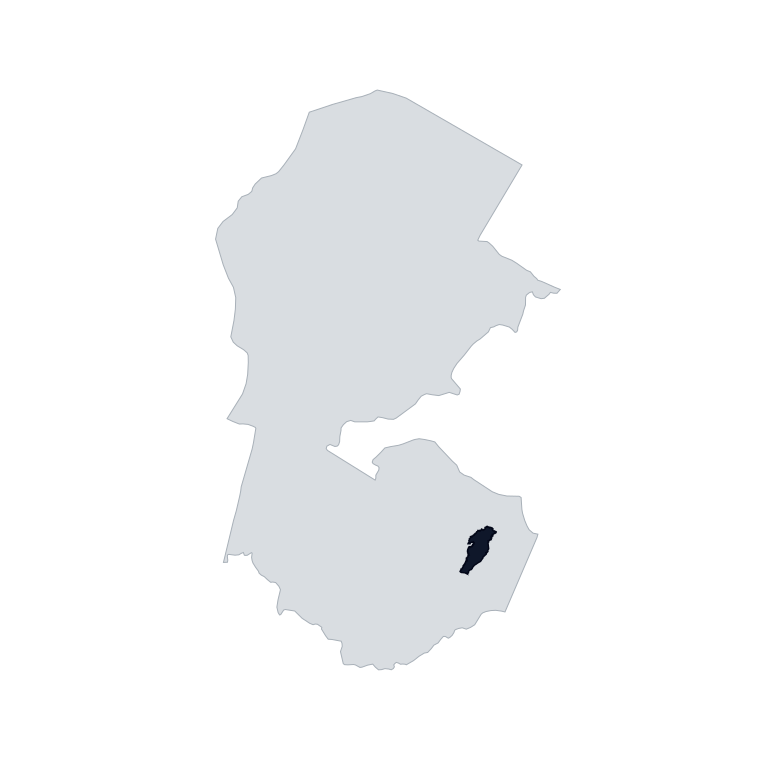 location of Mporokoso, Northern, Zambia, rotated 122°
{"feature_id": "96606910B5671768599011", "entity_name": "Mporokoso", "entity_type": "district", "adm_level": 2, "iso_a3": "ZMB", "parent_name": "Zambia", "parent_adm1": "Northern", "projection": "orthographic", "projection_center": [29.924, -9.464], "detail": "fine", "context": "in_parent", "style": "filled", "palette": "ink", "viewbox_px": 768, "rotation_deg": 122, "n_neighbors": 0, "source": "geoboundaries", "source_scale": "gbopen_adm2", "svg_char_len": 8969}
<svg xmlns="http://www.w3.org/2000/svg" viewBox="0 0 768 768"><g transform="rotate(122 384 384)"><path d="M496.6,498.7L467.4,498.7L456.8,501.1L448.1,504.7L437.8,510.4L431.8,514.3L430.1,516.5L429.3,521.3L429.4,528.7L428.4,534.0L425.2,538.9L409.6,544.9L399.3,549.7L389.3,555.5L381.8,562.9L376.7,572.0L368.2,583.4L350.4,603.6L340.1,607.4L331.4,606.6L320.7,602.5L312.4,601.8L306.2,604.5L300.5,603.8L295.1,599.6L290.7,598.2L287.2,599.3L282.6,599.2L274.2,597.0L266.9,589.9L262.9,587.0L259.8,585.9L251.2,584.9L231.4,583.6L211.0,587.5L193.1,591.4L174.2,575.8L155.9,559.3L152.0,555.1L145.1,549.5L140.2,546.9L138.3,545.5L133.0,530.5L129.8,516.7L125.1,383.0L207.1,381.3L212.4,380.7L212.5,379.2L208.6,372.1L208.7,369.6L209.6,364.7L213.0,355.0L213.2,351.7L211.3,341.2L211.3,335.3L212.0,323.3L211.3,319.3L213.2,313.9L213.7,310.3L214.5,308.7L213.5,304.7L211.5,290.5L210.4,284.6L215.4,285.4L217.1,288.3L218.1,291.4L220.4,291.6L226.3,293.4L228.4,296.0L229.9,301.7L229.1,304.6L227.2,307.0L229.2,309.0L233.1,310.4L235.4,309.9L242.0,305.9L248.1,304.4L251.2,303.3L264.9,300.6L267.6,299.2L269.5,299.1L270.8,300.2L269.7,304.3L269.3,307.9L271.1,314.6L272.5,317.8L275.3,320.0L277.4,321.2L279.8,323.6L284.5,323.1L295.0,326.4L298.2,328.0L302.7,329.5L305.8,330.1L316.6,331.2L328.0,333.0L334.0,333.1L338.1,332.6L341.1,331.6L342.9,330.5L343.7,329.5L347.8,316.6L350.0,315.6L352.9,314.9L354.5,316.1L356.5,324.2L364.8,331.4L367.6,337.5L369.7,342.8L371.6,344.2L374.7,346.0L379.7,346.6L384.2,346.8L406.4,355.6L408.9,357.2L411.6,362.0L413.3,367.4L415.1,371.6L418.0,372.4L420.5,372.8L423.0,375.7L425.0,378.2L431.6,388.8L432.5,392.9L435.7,395.7L440.0,396.9L444.0,397.1L446.3,395.8L452.0,393.6L456.4,391.1L459.6,390.3L461.5,390.8L463.0,392.5L463.9,397.8L467.0,399.5L469.4,398.8L470.3,396.8L470.3,395.7L470.2,340.6L468.2,341.0L465.6,342.6L459.8,342.8L457.5,343.9L456.8,345.7L457.2,348.0L457.3,351.1L456.5,352.6L453.9,353.2L450.2,352.0L443.4,350.4L437.8,349.4L433.7,345.3L428.2,339.1L424.6,336.0L415.9,329.5L414.5,328.2L411.8,325.2L409.5,320.0L407.3,314.0L406.2,310.2L408.2,304.4L413.2,285.2L414.3,279.3L418.5,273.2L418.8,267.8L417.1,260.8L417.5,257.0L418.0,235.1L416.8,228.2L413.9,220.5L407.6,209.9L407.6,207.6L417.3,200.6L420.2,198.0L425.2,192.3L428.6,187.5L430.7,183.7L431.5,178.6L429.8,173.9L433.2,172.9L513.2,160.6L514.3,163.9L516.7,169.3L519.5,173.3L522.9,176.9L525.8,179.0L527.7,179.6L540.1,179.5L544.5,181.6L548.3,184.3L549.3,188.5L551.8,191.2L554.5,193.3L555.7,193.5L557.7,193.0L561.0,193.0L564.1,193.9L565.5,194.8L565.6,198.3L566.6,199.9L570.7,200.6L574.9,200.9L579.0,203.3L583.4,203.7L588.5,204.7L590.9,207.3L596.3,210.0L603.0,212.4L610.3,216.3L610.4,217.5L611.6,219.8L612.9,221.5L613.0,223.9L613.6,226.1L615.4,226.7L617.0,226.9L618.4,225.3L620.4,225.3L622.5,226.4L623.2,228.9L624.9,232.4L627.6,234.8L629.3,237.2L628.7,241.3L627.5,245.1L631.1,248.9L635.8,252.6L637.1,254.2L637.4,259.5L638.1,261.3L641.3,265.8L642.9,268.7L642.7,270.4L634.0,279.1L628.6,280.4L626.3,282.1L624.8,284.0L628.2,292.7L630.0,296.1L628.4,300.2L624.9,307.2L623.3,307.8L623.0,313.1L624.0,315.1L625.7,316.6L626.3,320.2L626.1,329.2L623.8,339.4L627.6,348.3L628.9,349.3L634.3,349.4L635.2,350.2L633.9,352.7L630.0,356.6L623.2,359.5L613.3,362.8L611.2,366.0L609.8,370.7L610.9,373.4L612.2,375.0L611.7,379.1L610.8,383.4L611.1,386.8L610.6,389.7L609.3,391.2L607.5,395.7L605.3,400.2L603.6,402.3L601.2,404.4L597.3,406.2L597.3,407.1L601.7,409.2L602.8,410.7L603.2,411.7L601.4,414.0L603.4,415.4L605.8,416.6L608.1,419.6L610.7,425.3L611.2,425.9L612.0,426.0L613.4,425.4L616.2,423.1L618.1,422.3L620.4,425.6L579.4,439.3L569.7,442.1L555.4,447.0L550.7,448.8L546.9,450.6L508.9,461.4L502.9,463.6L489.5,469.2L489.0,470.1L489.2,472.6L490.3,477.9L492.7,482.7L494.6,485.4L495.9,492.5L496.6,498.7Z" fill="#d9dde1" stroke="#a8b0b8" stroke-width="1"/><path d="M449.9,210.7L450.0,211.5L450.4,211.8L450.2,212.1L450.1,212.6L450.7,213.2L450.5,213.8L450.6,214.1L450.3,214.3L450.1,214.9L449.6,214.8L449.4,214.7L449.1,214.8L449.0,215.3L449.3,215.5L449.3,216.0L449.2,216.2L448.9,216.3L449.1,216.7L449.0,217.0L449.0,217.3L449.2,217.7L449.3,218.0L449.7,218.2L449.8,218.5L450.0,218.5L449.9,218.7L450.1,219.1L449.8,219.4L450.3,219.7L450.4,219.9L450.3,220.1L450.3,220.4L450.1,220.4L450.0,220.7L450.3,220.8L450.2,221.1L450.4,221.4L450.6,221.4L450.8,221.2L451.2,221.2L451.3,221.5L451.7,221.6L451.9,221.9L451.8,222.1L452.1,222.3L452.3,222.2L452.4,221.8L453.1,221.5L453.6,221.7L454.3,221.7L454.4,221.9L454.5,222.2L455.6,222.4L455.6,222.6L455.4,222.9L455.5,223.6L455.2,224.0L455.3,224.4L455.6,224.4L456.0,224.2L456.3,224.2L456.8,224.4L457.3,225.1L457.8,224.7L458.1,224.7L458.2,225.2L458.1,225.3L458.1,225.9L458.4,226.1L458.4,226.7L458.7,226.7L458.9,226.4L459.2,226.4L459.6,226.5L460.3,227.1L460.9,226.9L460.9,227.0L461.1,227.0L461.3,227.0L461.4,226.9L461.5,226.8L461.8,226.8L462.0,226.9L462.0,227.1L462.3,227.2L462.4,227.4L462.5,227.4L462.6,227.2L462.8,227.3L463.3,227.3L463.4,227.6L463.6,227.5L463.6,227.4L463.8,227.4L464.4,227.6L464.5,227.8L464.6,227.7L464.7,227.9L465.1,228.0L465.3,228.2L465.5,228.1L465.9,228.2L466.2,228.5L466.2,228.4L466.3,228.6L466.6,228.5L466.6,228.4L466.8,228.5L466.9,228.3L467.1,228.4L467.3,228.5L467.1,228.6L467.1,228.9L467.2,229.0L467.4,229.0L467.6,229.4L467.7,229.2L467.9,229.4L468.1,229.3L468.3,229.3L468.4,229.2L468.8,229.2L469.2,229.2L469.3,229.2L469.4,229.3L469.6,229.2L469.8,229.3L469.8,229.2L470.3,229.1L470.8,229.2L471.3,228.9L471.8,229.0L472.1,228.5L472.6,228.4L473.5,227.8L473.8,228.2L474.4,228.2L474.9,228.1L473.9,226.4L473.2,226.6L472.3,226.4L472.0,226.2L471.4,225.3L471.1,225.3L470.7,224.9L470.5,224.7L470.9,224.4L470.9,223.9L470.8,223.4L471.1,223.3L471.2,223.7L471.5,223.6L471.7,223.9L471.9,223.7L471.7,223.3L471.9,223.1L472.2,223.3L472.4,223.1L473.0,223.3L473.3,223.2L473.4,223.5L473.7,223.2L473.9,223.2L474.0,223.4L473.9,223.1L474.1,223.0L474.5,223.2L474.5,223.5L475.1,223.8L475.2,223.7L475.3,223.8L475.2,223.9L475.3,224.0L475.8,224.0L475.8,223.7L476.3,224.1L476.8,224.3L476.6,224.6L476.7,225.0L476.8,225.1L476.6,225.2L476.7,225.4L477.0,225.3L477.3,225.3L477.3,225.6L477.7,225.6L478.0,225.5L478.3,225.5L478.3,225.2L478.6,225.2L478.8,225.4L479.0,225.2L479.2,225.3L479.5,225.2L479.8,225.3L479.9,225.1L480.7,224.9L480.9,224.9L481.2,224.8L481.2,224.5L481.5,224.5L481.5,224.2L481.8,224.0L482.1,223.9L482.1,224.0L482.3,224.0L482.7,223.1L482.9,223.1L482.8,222.9L483.0,222.9L483.0,222.6L483.1,222.2L483.3,222.2L483.5,222.2L483.7,221.8L484.3,222.1L484.4,221.9L484.5,221.9L484.5,221.7L484.7,221.9L484.8,221.8L485.0,221.8L485.1,221.7L485.4,221.6L485.8,221.4L486.2,221.2L486.7,221.5L486.9,221.5L487.0,221.7L487.3,221.7L487.9,221.5L488.0,221.6L488.1,221.3L488.3,221.2L488.5,221.0L488.7,220.8L488.8,220.9L488.8,220.7L489.3,220.5L489.8,219.9L489.9,220.1L490.1,220.2L490.2,220.5L490.5,220.5L490.8,220.8L491.5,220.5L491.9,220.5L491.9,220.3L492.3,220.2L492.5,220.2L492.6,220.3L492.8,220.3L493.1,220.3L493.1,220.2L493.4,220.1L493.8,219.9L494.1,220.0L494.2,220.3L494.6,220.2L494.8,220.3L494.9,220.2L495.0,220.4L495.4,220.4L495.9,220.5L496.4,220.5L496.5,220.2L496.7,220.3L496.8,220.2L497.0,220.0L497.8,219.8L498.1,220.1L498.5,219.9L498.9,220.0L499.1,219.8L499.3,219.8L499.8,220.2L500.1,220.1L500.2,220.5L500.6,220.3L500.6,220.2L500.8,220.2L500.9,220.3L501.3,220.2L501.3,220.3L501.6,220.3L502.0,220.1L502.6,220.2L502.8,219.9L502.8,219.7L502.9,219.2L502.8,218.7L502.6,217.9L502.2,217.5L501.9,216.6L501.7,216.4L501.5,216.0L501.2,215.0L501.1,214.1L501.1,213.5L501.0,212.8L500.6,213.5L500.4,212.9L500.1,212.8L500.0,212.6L499.5,212.3L498.8,212.6L498.4,213.0L498.1,213.0L497.6,212.9L496.8,212.9L495.8,212.3L495.3,211.8L494.8,211.6L493.5,211.5L492.7,211.7L491.8,211.6L491.4,211.6L490.8,211.4L490.3,211.5L489.7,211.3L487.7,210.3L486.3,209.8L484.6,208.9L483.8,208.4L482.9,208.1L481.2,208.1L479.3,207.9L478.8,208.3L478.0,208.3L477.7,208.0L477.0,208.0L476.2,207.7L475.9,207.7L474.4,207.2L474.0,207.2L473.5,207.3L473.5,207.5L473.2,207.8L473.2,208.2L473.1,208.3L472.1,207.4L471.8,207.5L471.5,207.2L470.8,207.2L470.1,207.9L468.3,207.9L463.3,211.9L463.2,211.9L463.2,211.7L462.9,211.8L462.8,211.7L462.7,211.8L462.5,211.7L462.3,212.0L462.2,212.1L462.2,211.9L461.9,211.9L461.8,212.0L461.5,212.0L461.4,212.1L461.1,211.9L461.1,212.0L460.9,212.0L460.7,211.8L460.7,211.7L460.2,211.5L459.7,211.2L459.4,210.9L459.3,211.2L459.2,211.1L458.9,211.0L458.8,210.9L458.6,210.9L458.5,211.1L458.4,211.1L458.2,211.4L457.8,211.5L457.7,211.7L457.6,211.8L457.5,211.7L457.4,211.8L457.4,211.6L457.0,211.7L457.0,211.8L456.8,211.8L456.8,211.7L456.7,211.8L456.6,211.7L456.4,211.7L456.4,211.8L456.2,211.7L456.2,211.8L455.9,211.7L455.3,211.8L455.2,211.9L455.2,212.0L455.1,211.9L455.0,212.0L454.8,212.0L454.7,212.1L454.7,211.9L454.6,212.0L454.5,211.8L454.3,211.8L454.3,211.7L453.7,212.0L453.6,211.9L453.1,211.9L452.8,211.5L452.7,211.5L452.8,211.4L452.6,211.3L452.4,211.4L452.2,211.3L452.1,211.1L451.8,211.0L451.9,210.9L451.8,210.7L451.5,210.7L451.2,210.5L450.8,210.6L450.7,210.4L450.5,210.5L450.5,210.4L450.3,210.4L450.3,210.6L449.9,210.7Z" fill="#0f172a" stroke="#020617" stroke-width="1.5"/></g></svg>